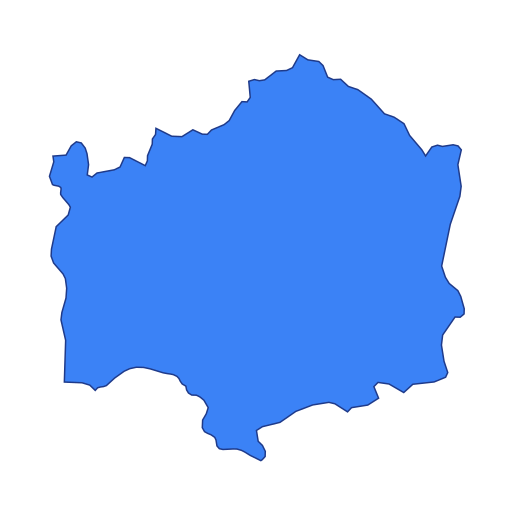 the border of Dytiki Makedonia, rotated 274°
{"feature_id": "GRC-2892", "entity_name": "Dytiki Makedonia", "entity_type": "Region", "adm_level": 1, "iso_a3": "GRC", "parent_name": "Greece", "parent_adm1": "", "projection": "equal_earth", "projection_center": [21.4, 40.362], "detail": "fine", "context": "isolated", "style": "filled", "palette": "blue", "viewbox_px": 512, "rotation_deg": 274, "n_neighbors": 0, "source": "natural_earth", "source_scale": "10m", "svg_char_len": 2242}
<svg xmlns="http://www.w3.org/2000/svg" viewBox="0 0 512 512"><g transform="rotate(274 256 256)"><path d="M101.4,218.9L108.5,214.1L111.3,210.2L112.2,208.3L113.0,206.2L112.8,201.6L114.6,198.2L117.6,196.1L121.3,195.1L123.2,191.3L125.8,189.2L128.4,187.7L130.4,185.6L131.9,181.8L132.3,178.9L132.5,175.8L133.0,171.5L136.0,158.5L137.0,151.7L136.7,144.4L134.8,137.9L131.9,132.6L124.4,123.5L116.3,115.8L115.1,113.0L114.5,110.0L113.5,107.2L110.7,105.0L115.6,99.2L117.4,91.3L116.9,73.6L158.6,72.0L178.7,65.9L186.1,66.3L196.5,68.5L200.8,69.4L210.6,69.4L220.2,67.4L224.6,64.8L234.9,54.6L241.6,51.6L248.6,51.5L270.2,54.5L271.3,54.6L283.8,65.8L291.7,67.4L294.2,65.7L300.8,59.2L303.7,56.9L305.3,56.7L309.4,56.9L310.8,56.4L311.9,54.3L312.5,49.5L313.1,48.0L321.1,44.4L335.8,47.7L341.5,46.5L343.4,59.5L353.0,64.0L357.4,68.8L356.6,73.8L351.7,78.1L346.2,80.3L335.4,82.6L325.1,82.0L323.3,86.9L327.7,91.6L332.1,108.6L335.3,114.2L345.1,117.8L345.3,123.0L338.4,139.2L343.3,141.0L348.5,140.8L360.3,144.7L365.5,144.5L370.2,147.3L376.4,147.3L369.6,163.6L369.9,173.8L377.5,184.2L373.8,193.9L374.0,199.0L378.6,202.8L384.8,215.0L389.2,219.8L399.7,224.6L409.0,231.2L409.1,236.4L413.8,239.2L429.8,236.6L431.9,242.1L431.1,247.1L432.3,252.4L441.9,263.2L443.2,273.6L446.4,279.3L459.8,285.5L455.3,294.0L454.4,305.1L450.6,309.6L439.4,315.0L437.3,320.8L438.2,328.1L431.6,336.3L429.0,346.1L420.5,360.1L406.8,374.2L404.1,384.1L398.3,394.4L387.0,400.8L373.5,414.0L367.6,418.2L377.0,423.8L379.2,429.3L378.3,434.3L380.7,444.9L379.9,449.9L376.2,453.4L361.2,451.0L339.8,455.8L329.7,455.2L301.2,447.6L258.9,441.9L248.0,446.4L242.1,450.6L235.5,459.8L229.9,463.1L217.9,467.4L212.7,467.6L209.2,464.0L209.0,458.8L190.2,447.7L180.1,447.2L164.1,450.9L153.1,455.4L148.3,453.6L142.8,442.5L139.0,421.4L130.1,412.9L137.6,397.6L138.4,386.5L133.9,382.7L122.7,388.2L115.1,377.9L111.4,361.9L106.9,358.2L114.1,345.0L115.1,338.9L111.4,323.0L103.8,306.6L91.7,291.5L86.2,274.3L82.0,268.6L71.3,271.1L67.5,275.6L61.8,278.9L56.6,279.1L53.2,276.4L52.2,275.1L56.7,264.1L59.8,258.2L61.1,255.1L62.1,250.5L61.9,246.6L60.7,236.5L61.2,232.9L63.8,230.3L69.7,228.9L72.2,227.5L74.5,223.7L75.7,220.1L77.2,216.9L81.0,214.4L88.6,214.2L95.1,217.4L101.4,218.9Z" fill="#3b82f6" stroke="#1e3a8a" stroke-width="1.5"/></g></svg>